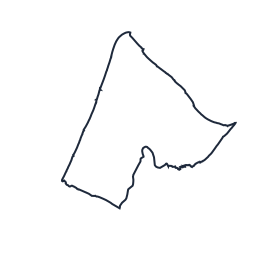 outline of Tanah Laut, Kalimantan Selatan, Indonesia, rotated 139°
{"feature_id": "22746128B54914598899185", "entity_name": "Tanah Laut", "entity_type": "district", "adm_level": 2, "iso_a3": "IDN", "parent_name": "Indonesia", "parent_adm1": "Kalimantan Selatan", "projection": "robinson", "projection_center": [114.872, -3.844], "detail": "fine", "context": "isolated", "style": "outline", "palette": "slate", "viewbox_px": 256, "rotation_deg": 139, "n_neighbors": 0, "source": "geoboundaries", "source_scale": "gbopen_adm2", "svg_char_len": 5355}
<svg xmlns="http://www.w3.org/2000/svg" viewBox="0 0 256 256"><g transform="rotate(139 128 128)"><path d="M122.7,72.9L122.6,73.0L122.2,73.0L122.0,72.8L121.3,72.0L120.3,71.1L120.1,70.5L119.8,70.2L119.9,69.5L119.2,68.9L118.5,68.4L117.6,68.0L117.7,67.6L117.9,67.3L118.1,67.3L118.2,66.9L118.1,66.6L117.2,65.7L117.0,65.2L116.8,64.8L117.2,64.3L117.2,64.1L117.1,63.8L117.0,63.7L116.6,63.5L116.6,63.3L116.7,63.2L116.7,62.9L115.5,62.6L114.5,63.6L114.4,64.1L114.3,64.4L113.8,64.2L113.5,64.2L113.0,63.8L112.7,63.7L112.8,63.1L112.7,62.6L112.5,62.4L112.2,62.4L111.5,62.8L111.4,62.8L111.1,62.4L111.1,62.7L110.8,62.3L110.9,62.2L110.7,62.0L110.7,61.9L110.9,62.0L110.9,61.8L110.7,61.7L110.5,61.8L110.5,62.3L110.4,62.5L110.3,62.4L109.8,62.4L109.7,62.5L109.4,62.2L109.2,62.3L108.9,62.2L108.9,61.9L108.5,61.9L108.4,61.7L108.1,61.6L107.9,61.2L107.7,61.2L107.2,60.7L107.0,60.4L106.8,60.4L106.4,60.2L106.0,60.1L105.9,59.9L105.9,59.7L106.0,59.7L106.0,59.4L105.8,59.2L105.6,59.1L105.6,58.9L105.5,58.1L105.7,57.8L105.6,57.6L105.6,57.2L105.3,56.6L105.1,56.7L104.6,56.5L103.7,56.5L103.3,56.2L102.6,56.5L101.8,56.5L101.6,56.5L101.4,56.5L101.2,56.6L100.8,56.7L100.6,56.5L99.9,56.6L98.9,56.3L98.3,56.3L97.0,55.7L96.7,55.7L96.8,55.4L96.6,55.0L96.3,54.7L96.2,54.8L95.9,54.8L95.8,54.6L95.7,54.5L95.2,54.7L94.7,54.4L94.3,54.1L93.6,54.1L93.4,54.0L93.3,53.9L92.9,54.0L91.6,53.6L90.5,53.6L90.1,53.6L86.4,53.7L85.2,54.0L82.6,54.1L81.1,54.3L76.0,55.5L72.9,56.3L71.0,56.6L63.9,58.4L62.6,58.8L62.0,59.1L60.8,58.8L57.0,58.8L54.2,59.3L51.2,59.9L49.8,60.0L47.8,60.4L46.2,60.6L43.9,61.1L43.5,61.3L44.1,61.8L44.8,61.8L45.0,61.9L45.5,61.9L47.1,62.6L48.0,62.8L48.3,62.9L48.7,63.3L49.4,63.4L49.9,63.6L50.4,64.0L51.0,64.2L51.3,63.9L51.2,63.6L51.4,63.9L51.5,63.9L51.6,64.4L51.7,64.9L52.0,65.2L52.2,65.7L52.5,65.9L52.7,66.4L52.9,66.4L53.3,66.9L53.9,67.2L54.1,67.4L54.6,68.5L54.9,69.1L55.5,70.1L56.2,71.6L56.8,72.4L57.5,73.2L57.9,74.0L59.2,75.8L60.6,78.5L62.1,82.2L62.9,84.8L63.3,87.1L63.3,87.4L63.6,89.4L63.8,90.1L63.8,91.4L64.1,94.2L64.2,97.6L64.3,98.6L64.2,98.9L64.0,101.3L63.8,101.2L63.7,101.2L63.5,101.5L62.9,103.0L62.3,104.4L62.1,105.0L61.6,109.3L61.6,109.9L61.3,114.5L61.3,115.4L61.6,116.5L61.4,116.8L61.5,117.0L61.3,117.2L61.1,117.5L60.9,118.0L60.6,118.7L60.5,119.2L60.4,119.7L60.5,120.5L60.8,124.9L61.5,128.2L61.5,128.7L61.7,129.3L62.0,132.0L62.0,132.7L61.6,133.1L61.6,133.6L61.6,133.8L61.8,134.0L61.9,135.1L61.8,135.7L61.7,137.8L62.7,142.6L62.6,142.9L63.0,143.3L63.1,144.1L63.2,144.7L63.4,144.9L63.3,145.2L63.3,145.7L63.6,146.6L65.3,154.5L65.4,155.1L65.8,155.6L65.6,155.9L65.5,156.3L65.4,157.4L66.1,160.7L66.2,160.8L66.5,162.9L67.0,167.0L67.2,169.3L67.1,173.3L67.3,173.6L67.1,173.7L67.1,173.8L66.8,175.8L66.6,176.6L66.4,176.9L66.1,177.0L65.6,176.8L65.2,176.9L64.6,177.3L64.9,177.6L65.0,178.3L65.2,178.7L65.3,179.7L65.2,179.9L65.1,180.0L65.5,182.6L65.6,185.7L65.6,192.1L65.6,192.6L65.6,193.2L65.8,196.0L65.6,196.7L65.1,197.4L64.4,197.9L63.8,198.3L63.6,198.5L63.9,199.0L64.7,200.0L65.8,200.7L66.9,201.3L67.5,201.5L68.5,201.8L70.8,202.3L71.5,202.4L73.5,202.4L75.0,202.4L76.4,202.2L78.5,201.6L80.1,201.1L83.4,199.6L87.4,197.3L90.1,195.6L94.4,192.6L94.6,192.4L93.8,193.0L93.6,193.0L94.6,192.2L95.6,191.8L98.9,189.7L102.4,187.7L103.1,187.2L105.7,185.7L106.1,185.3L107.2,184.9L111.0,182.6L114.7,180.5L122.4,176.4L123.5,175.9L123.8,175.8L123.9,175.6L123.7,175.3L123.7,175.7L123.6,175.8L123.6,175.7L123.6,175.4L123.8,175.2L123.9,175.4L124.0,175.4L124.5,175.2L125.0,175.0L128.3,172.7L130.6,171.4L132.6,170.1L133.0,170.0L133.3,170.3L133.5,170.3L133.3,170.0L133.4,169.7L134.1,169.1L135.7,168.1L135.6,167.9L136.0,167.7L137.1,167.2L136.6,167.6L136.8,167.5L139.8,165.7L142.5,164.2L146.6,162.3L148.8,161.1L151.1,160.0L151.4,159.8L151.9,159.7L155.0,158.3L159.0,156.8L162.1,155.9L162.4,155.7L162.9,155.6L163.0,155.4L163.0,154.9L163.3,154.9L163.6,154.9L164.1,154.8L165.3,154.0L165.6,154.0L166.1,153.7L166.5,153.2L167.7,152.8L170.6,151.3L172.1,150.3L172.6,150.2L174.8,148.9L176.2,148.3L179.4,146.6L183.7,144.7L185.8,143.9L186.5,143.7L187.0,143.7L187.2,143.4L187.3,142.7L187.5,142.5L187.9,142.6L187.9,142.8L188.5,142.8L189.2,142.5L191.9,140.8L194.5,139.6L195.9,138.9L199.1,137.6L199.7,137.2L200.0,137.1L201.0,136.7L202.0,136.3L203.0,135.8L203.0,135.7L204.0,135.4L208.0,133.6L209.9,132.9L210.8,132.5L211.5,132.3L211.7,132.1L211.9,131.8L212.1,131.8L212.5,131.4L212.3,130.6L211.4,130.2L210.7,130.2L210.7,129.5L210.4,128.6L210.9,127.2L211.4,127.0L211.5,125.4L210.8,124.1L210.8,123.0L210.5,122.2L210.0,121.8L209.3,121.6L208.8,121.6L208.2,121.3L207.7,120.5L207.6,119.7L206.9,118.7L206.8,117.7L206.3,116.7L206.4,115.6L205.9,115.0L205.9,114.2L205.3,113.6L205.2,113.6L200.7,104.1L199.8,100.5L197.4,98.3L197.2,98.3L196.9,97.4L196.7,96.9L195.9,96.2L195.6,95.7L194.8,94.3L193.4,91.4L191.9,88.1L190.9,85.2L190.1,82.8L189.8,81.1L187.0,72.9L186.4,73.3L185.0,74.6L181.5,75.5L177.1,75.5L175.4,76.0L172.1,78.3L168.5,81.3L167.8,81.6L162.4,81.4L161.0,82.3L159.2,84.0L157.9,85.4L156.1,88.1L155.4,88.5L154.8,89.1L144.7,93.1L140.7,94.5L140.3,94.8L138.8,96.4L138.2,96.6L135.1,96.1L134.7,96.7L133.9,98.8L132.5,101.2L131.6,102.1L129.9,102.9L128.6,102.8L127.3,102.5L126.7,102.1L126.0,101.1L125.9,99.4L125.6,98.5L125.5,96.9L125.7,93.3L127.6,88.8L132.1,82.4L132.2,80.8L132.1,80.1L131.4,78.6L130.0,76.9L124.7,75.9L123.7,75.9L122.8,76.1L122.4,76.0L122.1,75.6L122.1,75.2L122.6,73.4L122.7,72.9Z" fill="none" stroke="#1e293b" stroke-width="2"/></g></svg>